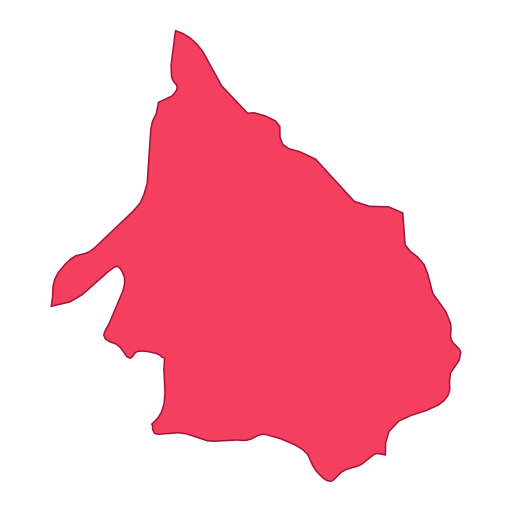 the District of Mokhotlong
{"feature_id": "LSO-1213", "entity_name": "Mokhotlong", "entity_type": "District", "adm_level": 1, "iso_a3": "LSO", "parent_name": "Lesotho", "parent_adm1": "", "projection": "robinson", "projection_center": [28.96, -29.168], "detail": "fine", "context": "isolated", "style": "filled", "palette": "rose", "viewbox_px": 512, "rotation_deg": 0, "n_neighbors": 0, "source": "natural_earth", "source_scale": "10m", "svg_char_len": 1887}
<svg xmlns="http://www.w3.org/2000/svg" viewBox="0 0 512 512"><path d="M190.3,38.1L196.8,44.0L202.8,51.5L221.7,85.9L247.5,113.2L254.4,112.8L265.4,116.0L275.5,120.9L279.8,126.4L280.0,137.3L282.7,144.3L288.9,148.7L299.5,151.6L315.6,159.2L354.3,201.4L369.7,206.3L388.5,206.8L402.8,213.0L405.1,244.7L410.4,251.4L417.7,257.1L424.1,264.6L427.7,273.9L432.8,293.4L445.9,311.7L450.6,323.6L451.0,327.0L450.6,335.4L451.1,339.4L453.1,342.8L459.4,349.2L460.8,352.4L459.1,360.4L450.4,373.2L449.5,381.8L449.8,389.8L447.7,396.0L443.7,400.9L438.4,405.0L426.0,410.6L412.1,415.0L398.9,421.0L389.0,431.4L385.6,443.0L385.4,454.9L385.2,454.9L377.5,453.5L375.4,453.9L373.4,454.9L362.3,463.7L359.4,465.5L346.3,469.5L341.7,471.9L333.0,480.4L330.6,481.3L326.3,480.3L322.8,477.8L316.4,471.3L312.7,465.5L307.5,454.1L302.3,449.3L294.9,444.8L280.9,438.9L266.1,434.5L261.9,434.4L258.2,435.3L251.2,439.0L246.9,440.2L242.3,440.4L236.9,440.0L213.9,441.2L207.5,440.8L186.2,433.8L178.8,432.7L157.9,434.3L154.6,433.4L152.8,429.8L152.5,427.9L152.7,425.9L151.7,424.2L157.8,418.1L161.6,411.8L164.1,403.6L165.0,392.3L163.9,369.5L164.6,358.1L162.1,357.3L160.1,355.3L156.6,353.5L149.0,351.8L143.4,351.1L138.5,351.2L135.7,352.3L134.1,354.3L132.5,356.8L130.1,358.2L126.9,356.7L120.0,347.1L116.2,344.1L109.5,341.6L105.4,339.1L103.7,335.0L104.8,331.5L109.5,322.7L123.0,290.7L124.6,283.3L124.5,277.6L122.4,272.1L120.1,268.3L117.5,266.2L114.1,267.3L109.1,270.9L82.1,294.8L69.9,301.9L51.2,306.3L52.6,296.6L53.0,286.4L54.7,279.5L58.3,272.5L65.5,263.8L70.8,258.9L76.0,255.7L85.1,253.5L89.6,251.6L94.6,247.8L133.4,210.9L140.4,202.7L143.9,194.6L147.2,183.2L150.8,129.2L152.4,121.6L156.3,113.4L158.5,102.3L171.4,96.3L173.7,94.1L176.7,90.0L177.1,87.4L176.8,85.5L175.8,84.1L174.6,82.9L173.6,81.4L172.5,79.6L171.5,76.5L171.1,64.6L175.3,32.0L175.7,30.7L183.1,33.6L190.2,38.0L190.3,38.1Z" fill="#f43f5e" stroke="#9f1239" stroke-width="1.5"/></svg>